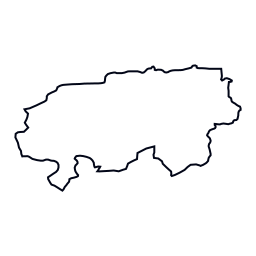 Lyelchytsy, Gomel, Belarus
{"feature_id": "67162791B62905803070856", "entity_name": "Lyelchytsy", "entity_type": "district", "adm_level": 2, "iso_a3": "BLR", "parent_name": "Belarus", "parent_adm1": "Gomel", "projection": "equal_earth", "projection_center": [28.18, 51.753], "detail": "fine", "context": "isolated", "style": "outline", "palette": "ink", "viewbox_px": 256, "rotation_deg": 0, "n_neighbors": 0, "source": "geoboundaries", "source_scale": "gbopen_adm2", "svg_char_len": 3648}
<svg xmlns="http://www.w3.org/2000/svg" viewBox="0 0 256 256"><path d="M200.6,165.9L201.2,165.6L203.2,164.8L204.5,164.0L205.6,163.4L206.6,162.6L207.5,161.6L208.1,160.9L208.2,160.1L208.4,159.1L208.8,157.6L209.6,156.5L210.6,155.3L210.6,153.8L210.3,152.5L210.0,151.1L209.7,149.7L209.3,148.4L208.7,146.6L208.7,145.4L209.2,143.7L210.0,142.8L210.5,141.6L210.6,140.4L210.3,139.7L209.9,138.4L209.2,137.6L207.8,136.3L207.1,135.3L207.4,134.3L208.3,133.1L209.0,131.4L210.0,130.2L211.6,129.5L212.7,129.1L214.3,128.6L215.1,128.1L215.6,127.1L215.5,125.9L214.7,125.0L214.7,123.9L215.9,124.0L218.2,124.3L219.9,124.4L221.2,123.9L223.4,123.5L225.7,123.8L228.3,124.2L229.8,123.7L231.5,123.3L232.9,122.6L233.2,121.3L234.3,120.2L236.4,120.0L237.6,118.8L237.7,117.9L237.9,117.2L238.3,115.3L238.3,114.2L238.4,112.7L238.8,111.4L239.5,110.5L240.6,109.9L240.6,108.3L240.0,106.6L238.5,106.0L236.7,104.9L235.1,103.6L233.3,102.6L231.9,101.6L231.5,100.5L231.2,98.8L230.7,97.8L229.3,97.1L228.6,96.4L228.6,94.7L228.6,90.9L228.2,87.8L228.6,84.7L228.9,82.0L229.8,82.0L231.6,81.5L231.8,80.5L229.5,79.1L226.8,78.2L224.8,78.6L224.0,79.5L222.1,80.5L221.1,79.4L221.6,78.0L221.9,76.1L221.2,68.8L218.3,68.8L215.7,68.8L213.0,68.8L209.3,68.8L205.6,68.4L202.0,68.2L199.6,68.2L197.8,68.1L196.7,67.6L196.7,66.2L195.2,65.4L193.0,65.7L192.3,66.2L191.4,67.6L188.6,68.4L185.2,69.2L182.8,69.9L180.9,70.1L178.1,70.2L175.0,70.2L172.6,70.4L170.8,70.8L169.4,71.3L168.1,72.1L166.3,72.5L164.7,72.2L163.9,71.6L162.9,70.6L161.1,69.8L159.2,69.7L157.6,69.7L156.1,70.2L154.8,69.9L154.7,68.3L153.5,66.6L152.3,66.8L151.0,68.4L150.0,68.4L148.5,68.6L147.3,69.1L146.0,70.4L145.3,71.2L143.7,72.5L142.1,72.8L140.1,72.0L137.8,71.4L137.6,71.3L135.1,71.3L133.0,71.3L130.3,71.3L128.0,71.4L126.2,72.0L124.6,72.6L122.0,73.1L119.6,73.1L116.7,73.1L115.1,72.5L114.0,72.5L110.4,73.2L107.8,74.1L106.4,75.5L105.4,76.8L105.1,78.6L104.9,80.9L104.4,82.4L102.8,82.9L100.9,83.2L98.3,83.4L95.2,83.4L90.4,83.5L84.4,83.6L79.5,84.0L72.3,84.2L66.8,84.6L63.2,84.9L61.4,85.3L59.6,86.0L57.4,87.3L57.2,88.3L56.2,90.4L54.1,91.5L51.7,92.5L50.2,93.3L48.1,94.4L46.8,96.3L46.8,98.1L46.3,100.3L44.4,101.6L40.5,103.4L36.4,105.4L32.9,106.9L29.7,108.3L24.5,109.3L25.7,111.4L28.0,113.6L27.4,116.9L26.5,119.4L24.8,122.7L26.2,124.9L28.2,127.6L26.2,129.6L23.9,131.8L20.2,132.0L17.9,132.3L15.7,133.8L15.4,137.4L17.9,142.7L19.0,147.6L21.0,151.0L21.3,153.9L22.3,156.4L22.9,156.3L27.7,156.2L29.2,156.8L32.4,158.9L37.0,160.1L41.0,160.7L42.9,160.7L46.0,159.6L48.1,159.6L51.0,160.6L52.9,160.8L53.8,160.8L55.9,161.6L57.5,162.8L58.5,164.9L58.5,167.5L57.8,169.9L56.1,171.9L53.3,173.7L50.4,175.7L48.0,177.3L48.2,179.1L50.2,182.7L51.5,184.6L54.4,185.6L56.7,187.0L60.3,189.3L62.4,190.6L63.5,189.4L64.8,186.9L66.4,185.1L67.2,183.9L69.0,181.8L69.3,180.7L69.4,179.2L71.3,178.2L73.8,177.7L76.5,176.9L77.9,176.2L78.1,175.1L76.9,173.7L75.5,171.5L75.0,169.8L74.7,167.7L75.5,165.4L76.4,164.6L77.6,163.2L77.5,161.9L76.8,160.6L74.7,158.7L75.1,157.6L76.4,156.1L80.0,155.7L83.3,156.1L86.6,156.9L89.7,158.0L91.2,159.1L92.6,160.6L93.3,161.9L93.8,162.8L93.9,164.3L94.1,165.2L94.4,166.6L94.8,167.3L95.2,167.3L97.4,166.7L98.4,166.5L100.2,166.7L99.6,167.9L98.9,168.8L98.1,170.4L97.4,171.3L99.4,171.4L104.5,171.1L108.6,170.9L113.7,170.5L118.7,171.3L123.2,169.7L126.0,168.9L127.2,166.0L128.0,163.6L131.0,161.9L134.2,160.3L137.0,159.1L137.2,156.4L137.5,153.0L146.3,148.5L154.3,146.4L154.3,148.9L154.3,152.4L153.5,154.8L154.0,157.9L158.3,158.5L162.0,161.3L162.8,163.8L166.3,167.2L168.8,169.5L171.1,171.5L171.3,173.5L171.1,175.2L171.8,176.0L174.8,175.0L179.6,172.7L184.6,169.9L187.6,167.0L190.6,164.8L196.1,164.4L199.6,165.4L200.6,165.9Z" fill="none" stroke="#020617" stroke-width="2"/></svg>